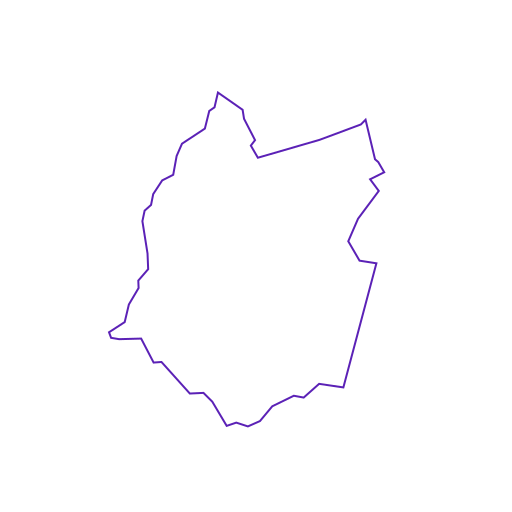 Hancock, Georgia, United States of America, rotated 147°
{"feature_id": "52423323B47839005266418", "entity_name": "Hancock", "entity_type": "district", "adm_level": 2, "iso_a3": "USA", "parent_name": "United States of America", "parent_adm1": "Georgia", "projection": "mercator", "projection_center": [-82.985, 33.26], "detail": "fine", "context": "isolated", "style": "outline", "palette": "violet", "viewbox_px": 512, "rotation_deg": 147, "n_neighbors": 0, "source": "geoboundaries", "source_scale": "gbopen_adm2", "svg_char_len": 810}
<svg xmlns="http://www.w3.org/2000/svg" viewBox="0 0 512 512"><g transform="rotate(147 256 256)"><path d="M254.3,98.2L159.0,184.3L171.7,195.7L170.6,218.1L150.1,231.7L117.6,243.7L118.5,258.2L102.9,256.4L102.3,268.2L103.5,272.3L89.9,310.6L96.4,309.2L139.4,318.8L200.9,337.4L200.2,351.4L193.7,353.7L191.3,377.6L187.6,385.9L198.9,413.8L209.8,403.3L216.2,403.1L229.5,390.7L256.9,390.5L268.1,383.1L281.2,369.2L293.5,370.5L308.5,363.9L316.2,356.0L324.7,354.7L332.3,347.1L345.6,317.2L353.6,303.7L368.1,299.5L371.9,293.1L389.0,284.6L402.1,272.1L420.8,272.1L422.1,266.3L416.1,260.8L397.3,249.3L399.9,222.4L393.0,218.6L386.4,176.7L374.6,169.8L372.0,157.6L373.1,129.5L363.3,127.0L355.6,117.5L342.6,115.4L324.2,121.1L300.4,118.2L293.1,111.3L272.7,114.4L254.3,98.2Z" fill="none" stroke="#5b21b6" stroke-width="2"/></g></svg>